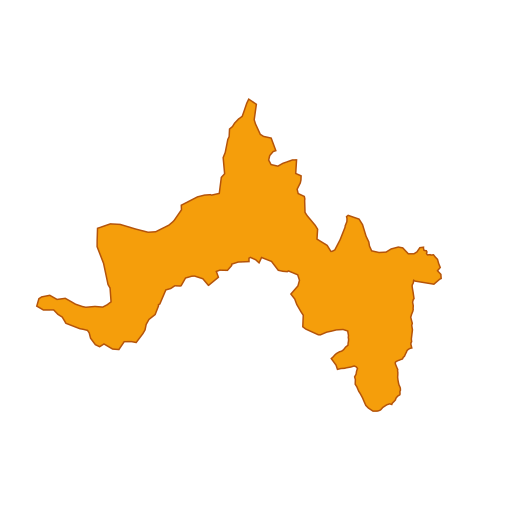 Buruku, Benue, Nigeria, rotated 292°
{"feature_id": "59680162B99039921741080", "entity_name": "Buruku", "entity_type": "district", "adm_level": 2, "iso_a3": "NGA", "parent_name": "Nigeria", "parent_adm1": "Benue", "projection": "orthographic", "projection_center": [9.166, 7.36], "detail": "fine", "context": "isolated", "style": "filled", "palette": "amber", "viewbox_px": 512, "rotation_deg": 292, "n_neighbors": 0, "source": "geoboundaries", "source_scale": "gbopen_adm2", "svg_char_len": 4024}
<svg xmlns="http://www.w3.org/2000/svg" viewBox="0 0 512 512"><g transform="rotate(292 256 256)"><path d="M326.9,408.0L325.1,404.8L320.1,403.7L317.2,401.6L315.1,396.4L318.5,389.0L317.6,384.6L313.2,378.7L308.3,375.1L305.3,368.7L304.1,361.3L307.7,357.5L311.3,355.3L315.6,350.6L325.0,343.0L328.8,337.7L328.2,326.2L326.4,325.2L324.7,326.4L321.9,327.4L317.5,327.4L315.9,327.8L302.6,327.9L291.1,326.8L288.8,324.8L288.3,323.7L292.5,318.0L294.5,306.2L303.9,303.1L306.6,299.4L312.6,288.2L314.8,285.1L325.7,280.3L327.2,279.9L329.3,278.5L329.7,271.7L333.3,269.1L340.3,269.7L343.3,269.2L347.2,267.8L347.4,261.9L360.3,257.6L358.7,253.8L352.0,246.2L347.5,242.6L346.4,235.7L349.7,231.8L354.3,231.1L359.3,232.8L361.1,234.9L371.0,225.9L370.4,222.2L369.7,218.2L370.4,214.4L378.3,206.0L381.6,203.3L396.8,199.5L398.7,190.5L394.2,190.2L385.4,190.7L380.3,190.9L376.5,188.5L371.2,186.4L367.2,185.7L363.8,183.9L356.6,186.4L353.5,186.2L350.4,186.8L340.4,188.7L334.9,188.7L320.5,196.1L315.9,194.4L300.3,198.5L295.8,192.0L295.8,190.8L293.2,185.5L288.9,179.6L275.1,167.7L270.9,169.6L258.4,166.8L256.4,166.0L252.0,163.7L240.9,153.9L237.6,147.1L235.9,134.3L234.4,118.2L231.2,108.9L222.3,98.7L210.9,102.9L205.1,105.2L192.1,117.4L174.1,129.5L171.6,132.7L159.2,138.8L154.9,136.2L151.2,133.0L148.9,125.6L144.7,117.4L144.1,114.0L143.7,106.7L144.4,101.9L145.3,95.0L141.2,87.8L142.3,79.5L137.8,72.6L135.1,70.7L127.4,71.5L126.3,79.1L130.2,88.6L127.7,94.2L126.8,99.2L123.1,104.1L122.8,104.3L122.4,105.0L122.6,119.9L123.3,123.2L123.9,127.6L122.3,130.1L117.8,133.4L113.6,140.3L113.3,145.0L117.5,148.0L116.0,157.9L117.9,163.9L127.2,165.9L130.0,172.7L130.9,177.3L141.7,180.2L145.9,180.8L151.4,179.8L157.1,180.5L163.9,184.4L173.2,184.3L174.3,183.8L175.5,184.8L190.8,185.1L193.9,189.1L198.0,191.9L199.8,197.0L200.4,197.7L209.2,198.9L213.2,204.0L214.4,206.6L215.0,215.2L211.0,222.8L211.0,223.0L222.2,229.1L226.8,225.0L229.3,227.7L232.0,234.9L238.1,237.0L239.3,236.5L243.7,241.7L248.2,251.6L251.3,250.3L252.6,251.3L252.4,257.1L250.8,261.4L256.7,261.7L256.8,272.4L251.1,282.0L251.9,286.7L253.2,290.9L254.3,291.6L254.2,301.7L249.8,305.4L244.0,306.1L233.8,302.6L230.6,308.1L228.9,309.6L226.3,312.0L221.0,318.8L218.8,322.0L207.9,325.9L206.9,329.5L206.3,343.3L207.0,345.2L211.9,350.1L214.6,354.1L217.6,358.2L220.5,364.3L220.8,369.1L217.0,371.5L214.7,372.2L213.8,372.9L211.8,373.6L209.9,374.0L207.7,374.7L205.1,373.2L201.9,372.3L199.8,371.0L198.5,369.3L195.7,367.1L193.9,366.2L191.3,365.3L189.1,364.2L184.8,371.1L181.4,374.0L183.5,376.9L185.0,380.1L186.2,381.7L188.5,385.4L190.8,388.2L190.8,390.4L189.8,392.2L186.8,392.4L183.8,393.1L180.9,392.7L178.7,394.4L174.3,396.0L172.5,398.5L169.1,401.9L167.4,404.3L164.4,407.9L161.0,411.3L158.6,413.8L157.1,417.2L156.0,422.6L157.2,425.6L157.9,427.0L159.4,428.7L160.3,429.3L163.1,430.3L167.0,433.0L169.0,435.3L169.2,437.5L170.6,437.5L172.9,438.5L174.9,439.2L176.0,439.0L177.3,439.2L179.4,440.0L181.1,441.3L181.7,441.3L182.8,440.9L184.1,440.2L185.7,440.2L187.6,439.3L188.7,438.3L190.1,436.8L191.5,435.8L194.3,434.0L196.7,432.7L198.9,432.0L201.2,431.1L202.5,430.3L203.9,429.9L205.1,428.6L208.0,425.8L209.1,425.1L210.0,425.1L210.6,425.5L212.1,426.7L213.1,427.9L214.2,428.9L215.1,430.1L215.6,430.4L217.2,430.5L218.6,431.2L221.5,431.3L223.4,431.5L224.5,431.4L225.6,431.7L227.2,432.7L228.2,433.6L229.1,434.9L232.1,432.7L233.6,432.2L234.8,432.4L237.3,431.1L242.1,429.8L246.2,428.7L248.8,427.1L250.0,426.4L252.2,426.1L253.6,425.0L257.3,422.3L258.6,422.3L260.1,422.1L261.7,422.1L263.4,422.1L265.3,421.8L266.2,421.3L268.7,420.5L270.9,419.1L271.4,418.7L272.8,418.3L273.6,418.3L274.1,418.1L274.8,418.2L275.6,418.5L280.8,415.5L284.5,413.2L286.6,412.0L287.8,411.7L289.8,411.9L290.6,411.8L292.4,411.3L292.6,411.3L292.3,412.8L296.5,431.5L303.3,435.0L304.5,436.1L308.2,434.3L310.3,429.8L314.4,431.1L317.3,428.3L320.9,425.5L322.3,422.4L323.6,420.1L322.4,417.9L322.5,417.0L321.3,414.7L321.5,414.0L322.2,413.1L323.2,413.1L323.9,412.9L324.7,411.9L324.3,410.6L324.3,409.5L326.0,408.3L326.9,408.0Z" fill="#f59e0b" stroke="#b45309" stroke-width="1.5"/></g></svg>